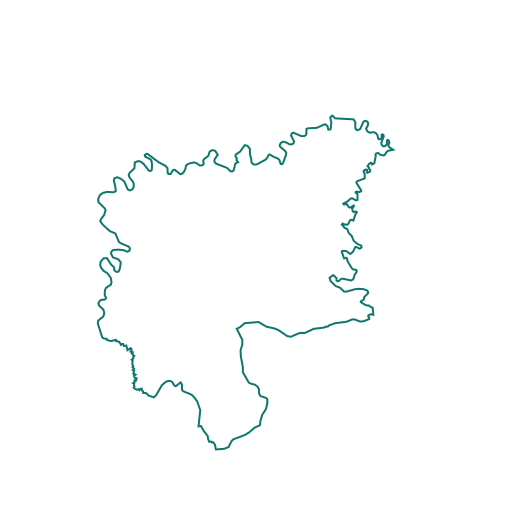 Rattanaburi, Surin, Thailand, rotated 327°
{"feature_id": "78962969B68568199624354", "entity_name": "Rattanaburi", "entity_type": "district", "adm_level": 2, "iso_a3": "THA", "parent_name": "Thailand", "parent_adm1": "Surin", "projection": "albers", "projection_center": [103.879, 15.335], "detail": "fine", "context": "isolated", "style": "outline", "palette": "teal", "viewbox_px": 512, "rotation_deg": 327, "n_neighbors": 0, "source": "geoboundaries", "source_scale": "gbopen_adm2", "svg_char_len": 6097}
<svg xmlns="http://www.w3.org/2000/svg" viewBox="0 0 512 512"><g transform="rotate(327 256 256)"><path d="M400.8,240.4L403.1,240.3L403.5,240.8L403.2,242.5L405.7,242.7L410.9,237.3L411.6,235.8L412.9,235.5L414.6,236.2L415.4,238.8L417.7,241.2L419.3,241.2L422.1,239.9L424.1,239.7L428.9,241.6L427.2,237.8L427.1,236.1L427.6,234.9L429.6,233.6L430.2,231.4L429.9,230.5L428.7,230.4L427.1,233.1L425.4,234.1L423.0,233.8L422.1,232.6L422.1,230.6L422.9,229.2L428.2,225.3L428.8,223.8L428.3,222.8L427.5,222.7L425.3,225.8L422.9,225.4L422.4,224.2L423.7,220.6L423.4,218.0L421.8,216.0L418.4,214.4L417.3,212.1L417.7,209.1L420.6,207.6L422.3,205.9L422.6,204.2L422.0,202.8L420.3,201.9L419.1,202.0L412.6,206.2L409.6,205.8L408.9,204.6L408.9,202.9L412.2,197.9L412.2,194.5L397.4,183.7L396.5,179.9L395.2,179.8L393.6,180.4L391.8,185.2L387.9,190.0L386.8,190.3L385.5,189.4L386.7,186.0L386.0,183.5L385.1,182.9L376.7,181.6L369.1,177.2L367.5,176.9L364.9,180.9L363.5,181.8L361.7,181.7L359.1,179.9L354.6,173.0L352.7,172.7L351.0,174.1L350.4,180.6L348.8,181.9L347.2,182.0L345.0,180.7L343.2,177.3L341.4,175.2L340.3,174.7L338.1,174.8L336.3,175.9L335.7,177.1L337.7,184.2L337.6,185.9L336.0,187.7L329.1,192.9L327.7,193.1L326.8,192.2L327.9,188.2L327.4,186.1L325.1,182.9L322.8,178.3L321.7,178.1L318.3,180.0L316.5,180.4L307.1,179.7L305.5,179.2L303.6,177.6L303.2,175.0L305.2,171.3L306.1,167.8L309.2,162.8L308.9,159.0L306.9,156.9L299.5,159.8L294.2,159.9L293.2,161.0L293.0,163.9L291.8,165.0L292.1,167.6L289.1,167.2L283.9,172.0L282.3,172.2L280.7,171.0L279.7,166.3L272.9,157.0L272.5,155.5L272.6,154.0L273.9,152.4L279.0,150.3L279.1,145.9L277.9,144.1L276.9,143.4L274.0,143.2L270.5,146.1L265.0,146.4L263.4,147.6L262.5,150.0L260.6,150.8L258.1,149.4L256.7,145.8L254.9,143.7L250.8,142.2L248.6,141.8L246.3,142.2L244.5,144.3L241.1,146.3L238.7,146.7L237.1,146.2L234.8,139.4L233.1,138.8L229.0,140.7L227.2,139.6L227.2,138.1L229.6,134.2L229.2,131.1L225.5,124.5L220.7,111.6L219.9,110.7L217.7,110.7L217.2,112.3L220.0,117.2L220.3,118.8L218.8,122.4L215.6,126.9L213.9,127.3L212.6,126.1L211.9,117.5L210.6,113.9L209.0,112.3L205.4,111.5L201.8,116.2L195.1,117.5L193.3,118.8L192.7,121.2L193.2,126.7L192.7,128.9L191.1,131.4L188.6,132.7L185.9,132.3L184.7,130.3L186.1,122.0L184.8,117.7L182.5,114.4L179.7,113.7L178.1,114.9L175.6,121.6L173.9,125.0L173.3,125.3L170.9,124.8L166.2,121.2L162.0,119.7L158.3,119.9L155.2,121.9L154.2,122.8L153.2,125.3L155.2,134.1L154.8,135.6L151.0,138.9L146.1,140.7L144.3,141.9L144.6,146.4L146.9,155.4L150.3,160.5L148.7,169.5L149.8,172.1L154.5,179.1L154.2,181.3L152.6,182.7L150.5,182.4L148.0,178.9L143.9,175.6L139.2,173.1L136.9,173.7L135.6,175.3L135.3,179.2L138.8,184.0L139.1,187.7L135.5,191.9L132.9,193.9L131.5,194.1L130.1,193.0L129.4,190.6L130.6,188.7L130.7,187.3L129.8,184.4L129.8,176.6L126.9,174.9L122.7,176.1L120.4,178.6L119.7,181.4L120.1,185.5L121.9,189.4L122.3,195.2L120.4,199.5L118.6,201.0L113.0,201.0L110.7,202.4L108.3,205.6L107.7,206.9L107.6,209.0L106.9,209.9L105.3,210.1L102.8,208.7L101.2,208.4L98.0,209.8L97.4,212.2L98.8,217.8L97.6,221.4L94.9,223.6L88.7,224.2L86.6,226.3L82.7,240.4L83.5,242.3L85.5,244.1L85.1,244.8L86.1,246.3L88.6,248.9L88.5,249.4L89.0,248.7L92.7,249.9L92.4,250.9L92.9,250.9L93.0,252.0L94.5,253.4L94.4,257.1L95.8,256.8L96.6,257.3L96.2,259.6L98.5,260.4L96.9,265.0L100.6,265.0L100.9,265.8L100.0,266.0L100.4,266.8L99.9,267.9L98.9,268.0L100.3,269.7L99.6,270.3L99.1,269.8L98.6,270.2L99.5,273.5L97.9,273.8L97.4,275.1L95.2,275.3L95.6,276.5L93.3,279.3L93.2,281.3L91.9,281.9L92.4,284.2L90.6,284.5L91.4,285.8L89.0,287.9L90.4,289.9L88.4,290.0L87.9,291.9L89.3,293.7L87.4,295.1L87.1,294.3L86.3,294.1L85.3,295.7L83.8,295.7L84.4,296.8L83.1,298.1L83.1,299.2L81.8,299.7L81.8,300.7L83.4,303.5L85.0,303.8L85.2,305.1L86.6,304.4L87.8,304.9L87.1,306.6L87.6,308.0L86.8,309.3L89.3,311.3L89.8,314.4L93.3,318.9L96.3,318.4L106.7,313.1L111.9,312.4L114.5,313.0L116.4,314.5L117.1,316.4L117.0,320.2L117.8,321.5L124.0,321.0L123.8,323.7L121.2,327.5L121.1,329.5L126.3,337.0L127.3,341.1L127.4,346.2L125.3,354.9L115.0,367.6L117.2,368.5L116.9,374.2L117.4,380.8L116.2,383.2L115.6,386.4L117.0,386.9L117.4,388.3L118.4,388.6L118.8,390.7L118.7,392.2L117.0,396.4L124.4,400.4L129.0,401.3L134.5,398.0L137.1,397.4L148.9,400.0L154.3,400.2L161.5,399.2L167.1,400.1L170.2,396.4L174.9,392.5L180.3,390.1L182.8,388.2L185.9,384.9L187.5,382.0L187.2,380.6L183.5,376.0L183.6,373.3L185.9,369.2L186.1,366.4L185.0,363.3L182.1,360.2L181.0,358.1L181.7,346.3L184.3,342.4L188.4,332.4L191.0,327.8L192.0,326.4L196.2,322.9L198.8,319.0L200.2,306.6L203.8,307.0L209.9,306.2L222.1,312.7L226.3,321.0L232.1,326.9L234.5,330.4L238.5,340.1L241.2,342.7L250.8,344.4L255.2,347.2L264.7,348.5L274.3,353.2L275.4,353.0L277.7,354.3L279.4,354.0L285.9,355.5L295.9,360.4L302.2,361.6L304.1,362.8L307.7,367.8L310.9,369.4L316.7,370.5L317.4,369.4L317.3,367.5L318.2,367.0L320.7,367.4L322.4,369.2L325.7,362.9L324.6,361.5L323.7,359.0L321.8,357.6L320.7,355.9L318.7,351.7L319.3,351.1L322.6,351.3L324.3,349.4L329.6,348.3L330.4,347.2L330.5,345.6L327.9,342.1L323.6,339.1L320.7,337.7L312.1,335.0L310.5,333.8L309.2,328.4L306.4,324.5L304.9,317.6L305.9,314.3L310.4,314.1L311.5,318.4L310.1,320.3L310.5,321.4L312.0,322.1L314.1,321.6L316.0,321.9L322.5,328.4L325.0,328.4L328.7,325.3L331.9,324.1L332.5,322.2L330.3,320.4L329.7,318.7L329.9,310.6L331.0,306.9L328.6,306.0L330.2,299.1L331.4,298.8L334.3,300.9L336.2,305.7L339.5,305.3L344.2,302.6L345.1,303.1L346.9,306.4L349.1,306.3L350.0,304.8L347.7,301.2L346.2,296.4L347.2,291.3L346.3,287.2L347.2,283.1L345.7,280.8L345.1,276.4L346.4,276.0L347.6,278.0L349.6,279.4L350.7,279.4L354.6,277.2L356.1,277.8L357.0,279.3L362.0,275.3L364.4,274.2L364.1,273.1L361.7,272.2L361.6,270.8L362.4,268.7L365.3,267.5L365.4,266.8L361.9,266.8L360.7,266.2L360.3,264.7L360.5,262.1L357.7,260.6L357.7,259.6L362.2,260.1L367.0,259.4L368.4,260.4L370.1,263.8L371.7,264.2L374.9,259.3L374.1,257.4L374.2,256.7L375.3,256.7L377.5,258.6L379.2,259.0L379.9,258.6L380.1,249.5L380.5,248.6L382.1,248.5L389.5,250.1L391.9,246.2L392.3,243.6L393.5,243.0L395.3,243.3L396.1,244.2L394.6,245.8L394.7,246.9L397.7,247.3L398.6,246.0L398.4,244.5L398.9,243.1L398.5,241.3L400.8,240.4Z" fill="none" stroke="#0f766e" stroke-width="2"/></g></svg>